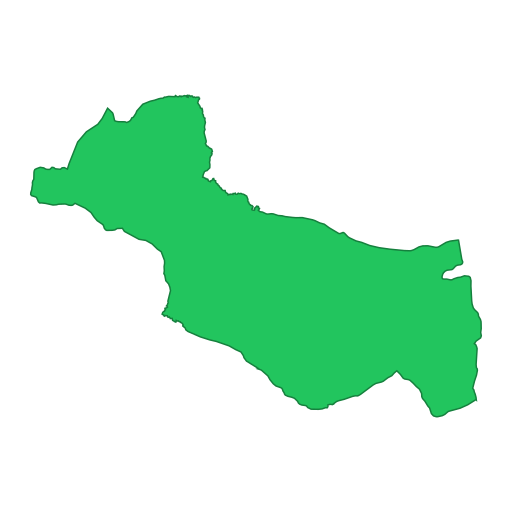 outline of Aceh Tengah, Aceh, Indonesia
{"feature_id": "22746128B89023327523654", "entity_name": "Aceh Tengah", "entity_type": "district", "adm_level": 2, "iso_a3": "IDN", "parent_name": "Indonesia", "parent_adm1": "Aceh", "projection": "orthographic", "projection_center": [96.82, 4.563], "detail": "fine", "context": "isolated", "style": "filled", "palette": "green", "viewbox_px": 512, "rotation_deg": 0, "n_neighbors": 0, "source": "geoboundaries", "source_scale": "gbopen_adm2", "svg_char_len": 6042}
<svg xmlns="http://www.w3.org/2000/svg" viewBox="0 0 512 512"><path d="M124.4,231.4L139.0,239.3L145.8,240.4L152.1,243.9L157.4,249.1L161.2,251.7L164.5,260.4L164.6,263.2L164.1,266.6L164.3,270.8L163.9,273.7L164.8,275.2L165.8,280.7L168.6,283.9L169.9,287.3L170.5,290.7L167.9,301.1L168.2,302.9L167.7,303.6L167.4,304.8L166.5,305.9L167.2,306.2L167.5,307.1L166.4,307.9L165.0,308.2L164.9,308.6L165.4,309.2L165.4,309.7L164.8,310.1L164.5,311.4L163.7,311.4L162.7,312.5L162.1,314.2L162.9,314.7L163.7,314.9L163.9,315.8L164.7,316.2L165.1,315.6L167.3,315.7L167.6,316.9L168.3,317.3L169.2,316.9L170.0,317.9L170.3,318.6L172.2,318.4L172.6,320.4L173.9,321.0L174.3,321.5L175.8,322.1L176.2,320.4L177.1,321.1L178.3,320.8L178.9,321.5L180.3,321.8L180.4,322.4L181.6,322.8L183.0,324.4L182.8,326.0L183.3,326.1L183.7,326.8L185.2,328.0L185.8,329.8L188.0,331.5L200.4,336.9L209.8,339.9L216.2,341.4L229.2,345.9L235.7,349.6L241.0,352.0L243.4,355.7L244.0,357.7L246.5,361.1L257.8,368.1L258.8,368.9L258.3,369.0L260.7,369.8L261.7,370.4L267.9,375.9L270.0,379.7L273.3,383.8L276.0,386.0L280.6,387.6L281.7,388.2L282.4,389.2L283.0,391.1L284.1,392.7L284.5,394.0L285.3,395.1L287.9,396.3L291.7,397.2L294.5,398.3L297.6,401.3L298.4,403.0L299.6,404.1L301.7,405.0L305.2,405.5L306.5,405.9L307.7,407.5L311.1,409.2L318.5,409.3L322.1,408.9L325.5,407.7L327.2,407.8L327.9,406.7L327.9,404.9L330.2,404.3L332.5,404.6L333.6,403.7L333.8,403.9L334.3,403.2L336.6,401.5L338.7,400.7L344.2,399.3L352.5,396.4L355.3,395.8L357.4,395.9L358.4,395.6L360.6,394.3L373.2,384.9L375.9,383.4L381.5,382.0L383.3,381.2L387.9,377.7L391.8,375.7L394.3,372.9L396.8,370.8L400.4,374.4L403.2,378.2L404.7,379.0L408.4,379.6L409.9,380.2L413.3,383.3L416.3,386.5L419.5,389.2L421.6,393.5L421.8,396.7L422.6,398.6L424.9,401.2L427.9,406.1L429.6,408.0L431.4,413.6L433.5,415.9L436.2,416.7L437.7,416.7L442.2,415.7L444.8,414.4L447.8,411.8L448.7,411.3L460.1,408.2L467.7,404.8L476.0,399.6L476.3,399.9L476.0,397.3L475.2,394.2L474.3,392.0L473.9,390.0L472.7,388.3L474.5,381.1L476.5,375.1L477.4,370.2L477.2,368.8L476.4,367.7L476.1,364.5L477.1,348.6L476.7,347.0L475.7,344.6L474.3,343.7L476.2,341.0L480.6,337.9L481.3,335.8L480.7,332.5L481.2,328.7L481.1,323.5L481.0,321.5L480.4,319.4L478.5,316.1L478.3,314.1L477.6,312.6L474.6,309.7L473.3,307.9L472.1,304.0L471.7,300.9L470.9,286.2L471.0,280.8L470.2,277.4L468.8,276.3L464.4,275.8L460.5,277.2L457.8,277.5L454.1,278.7L451.9,279.8L450.6,279.9L446.8,279.1L443.7,279.1L442.7,278.8L442.2,278.2L442.0,276.9L442.7,274.2L443.5,272.8L445.2,271.1L447.1,270.2L451.9,269.6L453.1,268.8L455.6,266.1L457.3,265.2L460.7,264.7L462.1,263.8L462.6,262.8L462.7,261.8L461.8,259.4L458.4,239.5L458.4,240.0L450.2,241.1L446.1,242.4L438.7,246.8L437.1,247.3L435.5,247.3L427.9,245.8L422.8,245.9L419.0,246.9L413.9,249.7L411.6,250.5L410.1,250.8L404.5,250.6L390.0,249.2L379.2,247.7L369.7,245.5L361.7,242.4L356.0,240.9L349.4,237.8L347.8,236.7L344.5,233.2L343.6,232.6L343.0,232.5L340.0,233.6L338.8,233.5L329.2,227.8L324.3,224.2L319.7,222.9L314.9,220.6L312.6,219.8L302.3,217.6L295.8,217.7L292.1,217.4L285.3,216.6L282.1,215.8L278.1,215.5L273.3,213.9L271.4,213.7L267.7,214.1L266.3,213.9L262.5,212.1L260.0,211.7L259.3,211.2L258.3,210.2L258.9,209.7L259.5,208.4L258.2,207.7L258.5,206.9L258.4,206.5L257.2,206.2L257.0,206.4L256.6,206.2L255.3,207.7L254.9,207.8L254.5,208.6L254.7,209.8L254.2,210.3L252.1,209.9L251.8,209.2L252.0,208.6L252.4,208.4L252.4,207.9L252.7,207.9L253.0,206.6L251.9,205.5L250.6,205.4L250.4,204.8L249.5,204.2L249.0,203.4L248.7,202.2L248.4,202.2L247.8,201.2L247.9,199.3L246.6,196.0L246.0,195.8L245.5,195.3L244.9,195.3L244.5,194.7L243.0,194.1L242.0,194.0L241.0,193.4L239.0,193.7L238.2,193.2L237.1,194.3L235.5,194.1L235.3,193.2L234.0,193.6L233.2,193.5L232.9,194.5L232.1,194.1L230.6,194.5L230.2,194.1L229.0,194.7L228.0,194.8L228.1,194.3L227.6,193.6L226.0,192.7L225.4,191.7L225.1,190.5L223.1,190.5L221.4,189.2L221.5,188.5L221.2,188.1L220.1,187.6L219.2,186.0L218.1,185.2L217.8,184.2L216.6,183.5L215.7,182.4L215.6,180.7L214.3,180.5L213.7,178.5L213.0,178.6L212.0,180.4L210.6,180.9L210.3,181.7L208.4,180.9L208.3,180.2L207.7,179.8L207.8,179.3L207.3,179.0L206.1,179.1L205.9,178.4L204.5,178.0L203.7,177.3L202.7,177.2L203.2,174.8L204.4,171.7L205.7,170.9L207.0,170.6L209.8,167.8L209.9,164.7L209.5,162.1L209.9,160.5L209.9,158.1L210.5,156.5L211.8,154.8L212.0,153.4L211.4,153.0L211.7,152.2L212.4,151.6L211.7,149.2L210.3,148.3L209.7,148.3L207.6,146.2L206.6,146.0L205.4,143.4L206.1,142.3L206.2,141.0L204.1,132.8L204.3,131.0L205.0,129.6L204.5,127.5L204.6,125.8L205.4,122.4L204.8,120.0L205.0,118.2L204.2,117.8L203.6,116.8L203.3,114.9L202.5,113.7L202.7,111.0L202.2,110.5L202.4,109.4L202.1,108.7L201.9,108.3L201.4,108.5L200.4,107.9L199.9,106.2L197.7,102.9L198.5,100.0L199.5,99.0L199.5,98.2L198.9,97.7L198.7,97.2L198.3,97.4L197.0,97.1L195.6,97.6L194.6,97.0L193.4,97.4L192.9,97.1L192.7,96.4L192.0,95.9L190.9,96.1L190.5,96.0L190.5,96.3L189.0,95.3L188.6,95.9L188.0,95.9L187.3,95.3L187.1,95.5L187.9,97.2L186.6,96.8L186.6,95.7L184.7,95.9L184.3,95.6L182.7,96.3L180.3,96.1L180.6,96.5L179.4,96.3L178.5,96.7L177.6,96.7L176.7,96.5L175.6,95.5L175.3,95.7L175.4,96.5L174.8,96.7L168.7,96.4L165.2,97.2L164.4,97.1L163.0,98.2L160.8,98.3L158.7,98.8L154.6,100.2L150.3,101.2L142.8,104.2L136.8,111.0L135.8,113.5L133.3,117.3L131.9,117.8L130.5,120.4L129.1,121.5L126.7,122.5L125.0,121.8L118.2,121.7L115.7,121.2L114.6,120.6L113.1,114.1L112.5,112.8L107.6,108.2L102.2,118.5L97.8,124.3L86.4,131.8L77.7,142.0L69.1,163.6L67.4,169.1L64.3,167.6L62.1,167.8L60.4,169.3L55.3,168.8L53.8,167.6L52.0,167.3L49.8,169.4L47.5,169.4L45.7,169.1L43.8,167.9L40.2,167.3L36.4,168.7L34.9,169.5L34.3,170.7L34.0,172.2L33.8,179.3L32.8,180.9L32.4,182.6L32.5,184.7L31.9,188.1L31.9,189.2L30.8,192.7L30.7,194.4L31.5,195.6L35.8,197.0L36.7,197.8L38.4,201.8L39.7,203.0L41.5,202.9L45.6,203.4L53.0,205.0L56.3,204.8L58.7,204.2L64.4,204.0L65.9,204.1L68.9,205.2L71.2,205.4L72.7,205.1L75.0,203.3L85.3,208.2L91.0,212.5L94.2,217.2L97.2,220.7L102.9,224.6L103.8,226.4L104.2,228.0L105.5,229.8L106.8,230.4L112.1,230.3L114.9,229.9L117.1,228.5L122.4,228.3L124.4,231.4Z" fill="#22c55e" stroke="#15803d" stroke-width="1.5"/></svg>